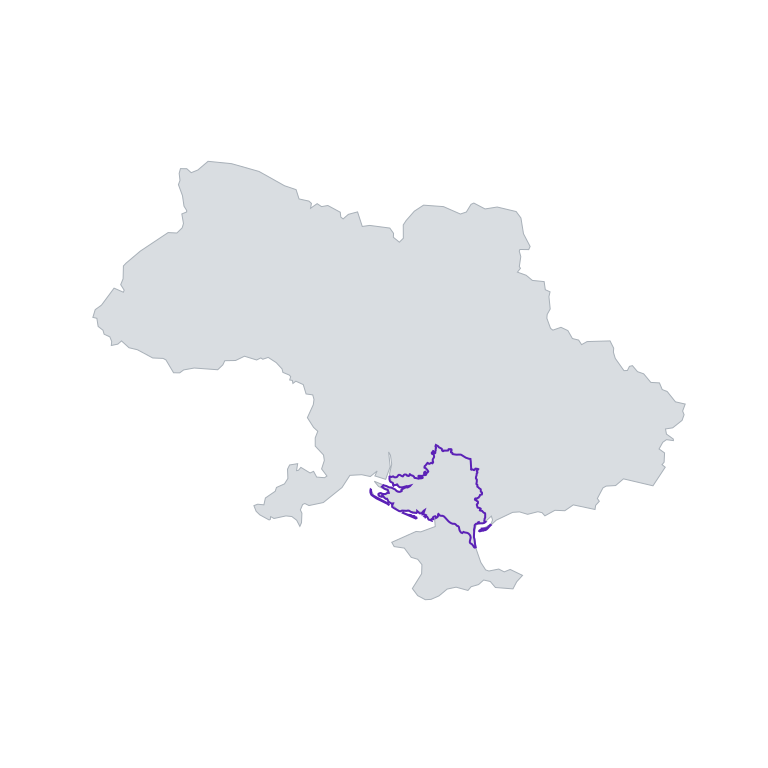 Ukraine, with Kherson highlighted, rotated 14°
{"feature_id": "UKR-4827", "entity_name": "Kherson", "entity_type": "state/province", "adm_level": 1, "iso_a3": "UKR", "parent_name": "Ukraine", "parent_adm1": "", "projection": "mercator", "projection_center": [33.493, 46.65], "detail": "fine", "context": "in_parent", "style": "outline", "palette": "violet", "viewbox_px": 768, "rotation_deg": 14, "n_neighbors": 0, "source": "natural_earth", "source_scale": "10m", "svg_char_len": 9764}
<svg xmlns="http://www.w3.org/2000/svg" viewBox="0 0 768 768"><g transform="rotate(14 384 384)"><path d="M513.2,521.6L521.1,533.7L527.6,539.8L531.0,540.1L540.1,535.8L546.1,537.2L551.3,533.4L564.7,536.2L560.6,543.8L558.7,551.6L541.3,554.5L534.9,549.9L528.1,550.1L524.3,555.7L517.6,559.6L515.4,564.0L503.1,563.7L494.9,567.7L488.6,576.3L481.7,581.6L476.3,583.3L467.9,581.2L461.0,575.6L466.4,559.0L464.5,550.1L459.1,545.9L452.3,545.6L443.4,538.3L433.2,539.3L429.8,535.7L450.8,519.3L455.4,518.6L468.2,509.9L465.8,502.8L460.4,504.6L452.8,499.0L428.7,503.4L414.1,494.9L407.3,493.9L405.6,491.8L412.6,489.9L413.2,486.7L403.4,484.7L398.1,480.7L424.9,484.6L432.1,477.8L424.7,480.2L417.1,478.7L414.4,476.5L411.1,469.6L410.9,460.0L407.5,451.5L404.9,448.8L410.0,462.7L408.7,476.1L397.4,475.4L398.4,470.0L393.1,477.1L384.3,477.4L373.0,480.9L368.3,494.6L353.8,513.7L340.6,520.1L336.1,519.1L334.2,520.6L333.3,526.4L335.6,529.2L337.5,538.5L336.8,542.5L332.2,537.3L326.7,534.9L320.8,535.7L309.8,541.1L306.1,540.1L306.4,542.9L305.4,543.7L295.1,541.0L290.7,538.4L287.2,533.5L290.5,531.2L296.7,530.3L296.5,523.3L304.4,514.4L304.7,510.4L311.6,505.0L313.6,498.9L311.0,490.0L312.0,485.4L319.5,482.2L320.1,489.2L321.8,488.5L323.5,485.0L333.8,488.2L336.8,485.8L341.2,490.6L349.0,489.3L350.9,487.1L344.0,481.5L344.6,472.6L342.5,467.5L332.3,460.9L330.3,452.9L331.2,445.9L326.1,443.1L317.8,435.2L320.4,421.2L319.8,415.9L317.5,411.8L310.8,412.5L305.8,404.1L297.8,402.6L295.5,405.5L294.2,402.7L291.5,402.9L291.7,399.4L289.8,398.2L283.1,397.2L281.4,394.0L274.2,389.3L265.2,386.2L260.4,389.3L258.2,388.5L254.6,391.5L241.9,390.8L234.3,397.1L223.9,399.9L223.0,404.4L219.2,410.4L196.0,414.4L186.2,418.8L183.1,422.6L177.1,424.0L166.6,413.4L163.5,412.6L153.3,414.7L136.4,410.4L127.8,410.5L118.9,405.7L116.1,409.7L110.1,412.6L109.5,408.6L106.6,404.6L100.4,403.4L98.3,399.8L92.7,397.3L89.5,389.7L85.4,389.8L85.8,381.7L90.8,375.8L98.9,356.3L108.9,358.0L109.2,355.8L104.5,351.3L105.4,345.0L102.6,332.5L104.5,329.1L115.4,314.0L137.9,289.3L146.5,287.6L150.4,281.3L150.6,276.8L146.7,267.9L150.9,264.8L150.6,263.4L146.9,259.8L142.9,250.0L136.3,240.3L136.8,235.8L134.3,229.2L134.4,224.3L140.5,222.8L145.8,225.6L151.6,221.4L159.4,210.5L182.8,207.1L211.3,208.0L239.5,215.7L251.7,216.7L256.8,225.0L266.9,224.7L269.9,226.3L270.2,231.3L275.5,225.2L280.5,227.0L286.3,224.4L300.0,227.9L301.7,232.5L304.4,233.7L308.4,228.0L316.7,223.4L324.8,236.4L331.7,233.6L351.9,231.3L356.8,235.5L357.6,239.4L364.6,242.7L367.5,237.9L364.2,225.0L365.9,220.1L371.6,209.0L379.1,200.9L398.8,197.5L417.0,200.6L422.3,197.2L425.0,188.6L427.4,186.7L439.7,189.7L451.0,184.9L470.5,184.7L476.7,189.8L483.0,204.5L492.5,215.2L491.9,218.6L483.3,220.6L483.1,222.4L485.9,227.3L486.9,237.4L488.4,238.7L486.4,243.2L495.6,244.1L502.9,247.6L514.6,245.9L517.7,253.5L522.8,254.4L522.9,259.3L527.1,271.0L525.5,277.1L526.1,280.8L532.1,289.7L534.8,290.9L542.0,286.2L549.5,287.7L555.8,294.3L562.2,294.3L566.2,298.0L570.8,293.7L592.9,287.5L598.2,293.7L598.9,297.7L602.2,303.2L613.6,313.0L616.9,312.0L617.9,307.5L620.6,306.1L627.0,310.7L633.5,311.3L642.5,317.9L651.0,316.3L655.3,322.1L660.6,322.8L671.1,330.8L681.1,330.6L680.3,338.0L682.6,341.2L682.0,347.2L674.7,356.7L668.0,359.5L670.2,364.3L678.0,367.4L678.5,368.9L671.5,369.7L668.6,373.1L666.6,380.5L672.9,383.0L674.7,392.1L673.3,395.0L677.0,396.7L669.6,417.7L639.3,418.1L633.3,426.5L624.3,429.3L621.6,431.8L618.7,443.5L621.3,445.7L618.7,450.6L619.1,454.7L596.9,455.5L590.1,463.2L580.4,465.2L572.0,473.0L568.5,470.6L564.2,470.7L554.9,475.7L546.5,475.3L539.9,477.4L525.7,489.1L519.2,499.3L512.9,502.3L521.8,494.0L522.2,489.6L520.1,486.2L514.6,494.6L507.5,498.3L507.7,508.0L513.2,521.6ZM417.9,500.0L398.4,495.0L396.6,489.5L400.9,494.3L417.9,500.0Z" fill="#d9dde1" stroke="#a8b0b8" stroke-width="1"/><path d="M512.5,520.3L511.7,520.8L510.9,520.6L509.7,519.4L508.2,518.2L506.2,517.6L505.5,516.7L505.3,515.5L505.3,512.2L504.6,510.6L503.7,509.6L502.1,508.6L500.6,508.3L498.2,508.5L496.9,508.3L496.0,509.7L494.7,509.5L493.7,508.7L492.9,507.9L492.3,506.9L491.3,504.7L490.4,504.0L489.3,504.0L488.3,503.4L487.1,502.7L485.9,502.6L484.6,503.0L482.8,502.8L481.5,502.4L480.1,501.8L479.0,501.1L475.7,498.9L474.2,498.0L472.7,497.7L471.2,498.1L469.8,498.0L468.3,496.9L468.0,497.3L468.4,499.1L468.0,500.3L466.9,501.4L466.4,500.4L465.9,499.9L465.1,500.2L464.3,500.8L463.8,501.5L463.7,502.3L464.6,502.8L464.6,503.2L463.7,503.3L462.9,503.5L462.5,504.1L463.2,505.1L462.9,505.1L462.2,504.8L460.2,504.8L459.9,504.6L458.8,503.2L458.0,502.4L457.1,502.2L456.4,503.2L456.2,502.9L455.7,502.8L456.3,502.3L456.6,501.6L456.6,501.1L455.8,500.9L453.2,501.2L453.5,500.6L453.6,500.0L453.9,496.6L453.1,497.5L452.6,498.8L451.9,500.0L450.2,500.9L449.5,500.7L448.8,500.2L446.9,499.2L447.2,500.6L446.7,501.3L442.7,501.9L442.2,501.6L440.9,501.6L439.1,500.9L438.3,500.9L437.8,501.0L436.6,501.6L432.4,502.4L431.7,502.7L430.9,503.5L429.6,503.7L422.9,501.8L422.2,501.3L421.6,501.2L421.1,499.2L420.9,498.9L421.6,498.3L421.8,498.0L421.8,497.6L420.8,498.0L420.0,498.1L417.2,497.3L416.7,497.1L415.5,495.4L414.6,494.6L413.5,495.0L411.9,494.2L409.1,492.0L409.1,492.6L409.3,493.8L409.0,494.0L406.9,493.9L406.3,493.7L405.8,493.4L405.4,492.9L405.2,492.1L405.6,491.5L406.3,491.0L406.8,490.7L407.5,490.6L409.3,491.0L411.9,490.5L413.9,488.7L414.7,488.6L415.0,488.5L414.7,487.9L413.2,485.8L412.6,485.6L411.4,485.7L409.9,485.5L406.8,484.2L408.0,482.3L408.3,482.4L411.1,482.4L414.0,483.1L415.9,482.7L416.6,482.8L420.3,483.6L422.1,484.8L423.4,485.1L424.9,485.0L426.2,484.4L427.1,483.4L426.5,482.5L427.4,481.3L429.7,479.3L430.3,478.9L431.9,478.7L432.4,478.3L433.9,476.9L434.3,476.1L431.7,477.6L430.9,477.5L426.5,480.0L424.0,480.4L421.8,479.1L421.3,478.3L421.1,478.2L420.8,478.3L420.2,479.0L419.9,479.1L418.5,479.5L417.8,480.5L417.3,480.0L416.8,478.2L416.3,477.8L414.2,477.4L413.7,477.1L413.2,476.6L412.7,475.8L412.2,474.8L411.9,473.1L411.7,472.6L411.8,472.4L413.5,472.4L414.0,472.3L414.8,471.6L415.3,471.4L416.6,472.0L418.0,471.7L418.6,471.4L419.1,471.0L419.5,470.2L419.9,469.1L420.5,468.5L421.5,468.4L423.4,469.0L424.6,469.1L424.8,468.8L425.3,467.4L425.8,466.9L426.9,466.6L427.6,466.6L428.0,466.7L428.3,467.2L428.5,467.3L428.8,467.4L430.2,467.3L430.5,467.0L430.7,466.7L430.7,465.6L430.8,465.3L431.2,465.3L431.6,465.6L432.6,466.0L434.2,466.0L434.6,466.3L435.5,466.6L436.1,467.5L436.4,467.7L438.6,467.5L440.4,467.5L440.6,467.3L443.2,466.4L444.1,465.9L444.1,465.7L443.4,465.7L442.9,465.5L441.1,465.6L440.3,465.6L439.8,465.3L439.7,465.2L439.7,464.9L440.0,464.6L443.6,463.9L444.3,463.1L444.7,462.8L446.4,462.3L446.6,462.1L446.6,461.9L446.3,461.6L445.0,461.5L444.7,461.4L444.5,461.0L444.4,460.1L444.5,459.8L444.9,459.3L445.3,459.1L446.0,460.0L446.9,460.6L447.0,460.0L447.7,459.2L448.1,458.4L448.1,458.1L446.5,456.7L444.6,455.5L443.8,455.5L443.5,455.4L443.3,454.1L443.4,453.8L444.0,453.0L445.3,450.0L445.6,450.0L446.0,450.5L447.3,450.5L447.7,450.2L448.9,449.0L449.1,448.9L449.6,449.2L450.1,449.3L450.2,449.2L450.6,448.2L450.6,447.9L449.9,446.6L449.6,445.9L449.6,445.1L450.2,443.2L450.2,442.6L450.1,442.1L449.3,440.4L449.0,440.2L447.9,440.2L447.5,440.1L447.2,439.8L447.0,439.2L447.1,438.8L447.7,438.1L447.9,437.1L448.0,437.1L448.8,438.8L449.3,439.0L449.9,438.9L450.2,438.8L450.4,438.5L450.4,438.2L450.1,437.4L450.2,435.8L449.8,434.6L450.0,433.5L449.9,433.2L449.1,432.3L449.0,431.6L449.1,430.6L451.6,431.3L452.5,432.1L455.5,432.8L455.8,433.0L456.3,434.2L456.8,434.7L457.4,434.9L457.9,434.7L458.0,434.2L462.2,433.1L462.5,432.7L462.4,431.8L462.5,431.6L464.8,431.0L465.2,431.1L465.6,431.8L465.2,432.9L465.5,434.0L465.8,434.2L466.8,434.1L467.1,434.5L467.4,435.3L467.8,435.4L471.1,435.1L475.3,434.0L476.0,434.0L481.2,435.7L484.5,436.0L486.0,435.8L486.9,438.1L488.6,443.6L488.9,444.4L489.0,444.8L489.0,445.6L489.2,445.9L489.7,446.0L490.6,445.5L491.0,445.5L491.8,445.8L492.2,445.8L492.4,445.6L492.9,444.8L493.1,444.1L493.5,443.9L495.7,443.7L496.1,443.8L496.1,444.0L496.0,444.3L495.4,444.6L495.2,444.8L495.0,445.8L495.2,446.2L495.9,446.8L496.0,447.1L496.0,447.7L495.7,448.0L495.6,448.3L495.9,450.2L495.8,451.4L495.8,452.3L496.0,453.3L496.2,453.6L496.9,454.0L497.2,454.3L497.7,456.6L497.8,458.6L498.1,458.9L498.9,459.2L499.1,459.6L499.3,460.8L499.5,461.1L500.5,461.4L501.5,462.1L503.2,462.7L503.5,463.2L503.9,464.9L504.3,465.2L505.2,465.5L505.4,465.8L505.7,466.9L505.6,467.6L504.1,468.3L504.0,468.6L503.9,469.9L503.5,470.5L503.3,471.3L503.1,471.5L502.4,471.9L502.0,472.6L500.6,472.8L500.2,473.1L500.1,473.5L500.2,474.2L500.7,474.5L501.2,474.4L501.4,474.5L502.0,474.9L502.5,475.1L503.2,475.2L503.6,475.5L503.9,476.4L504.0,476.9L503.9,477.3L503.3,478.1L503.2,478.6L503.5,479.2L504.3,480.5L504.6,481.1L505.0,481.3L506.2,481.2L507.7,481.4L508.0,481.6L508.0,481.9L507.6,482.6L507.6,483.4L508.2,483.5L509.9,483.4L510.7,484.0L511.9,484.7L512.3,484.8L513.2,484.9L513.6,485.5L514.5,489.2L514.2,490.3L514.4,491.7L514.4,492.7L514.8,493.0L515.9,493.2L515.0,494.4L513.5,495.3L510.0,496.1L509.6,496.0L509.4,495.7L509.3,495.1L508.9,495.3L508.7,495.7L508.6,496.7L507.1,497.4L506.4,498.5L506.2,498.9L506.2,499.4L506.5,500.6L506.6,503.6L506.8,504.3L507.1,505.1L508.3,510.9L509.3,512.7L511.1,517.4L512.5,520.3ZM521.7,495.1L521.2,495.8L519.4,499.2L518.6,500.4L517.8,501.2L516.5,501.7L515.7,502.4L514.5,502.6L513.7,503.2L512.5,503.8L511.9,503.6L512.0,503.2L513.0,502.0L514.2,501.2L513.9,500.6L517.4,499.5L519.1,498.6L520.0,496.7L520.8,495.9L521.2,494.9L521.7,495.1ZM400.2,494.9L415.3,498.6L418.0,499.9L418.4,500.2L417.7,500.1L416.3,499.4L404.2,496.8L399.0,494.8L397.9,493.8L397.0,492.4L396.5,490.4L396.5,489.5L397.0,489.7L397.6,491.8L398.1,493.2L398.9,494.2L400.2,494.9ZM445.4,504.8L446.1,505.7L447.6,505.6L448.0,506.2L447.4,506.8L433.5,504.5L433.7,504.2L433.9,504.2L434.1,504.5L438.9,505.1L441.2,504.7L442.2,504.7L443.2,505.5L444.6,504.9L445.4,504.8Z" fill="none" stroke="#5b21b6" stroke-width="2"/></g></svg>